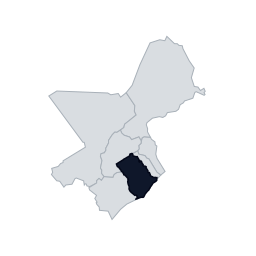 Ghana shown with its bordering countries, rotated 328°
{"feature_id": "GHA", "entity_name": "Ghana", "entity_type": "country or territory", "adm_level": 0, "iso_a3": "GHA", "parent_name": "Africa", "parent_adm1": "", "projection": "orthographic", "projection_center": [-1.079, 7.965], "detail": "fine", "context": "with_neighbors", "style": "filled", "palette": "ink", "viewbox_px": 256, "rotation_deg": 328, "n_neighbors": 6, "source": "natural_earth", "source_scale": "50m", "svg_char_len": 5395}
<svg xmlns="http://www.w3.org/2000/svg" viewBox="0 0 256 256"><g transform="rotate(328 128 128)"><path d="M42.3,144.2L41.9,137.0L39.6,135.0L38.4,126.9L40.6,125.7L41.9,121.8L48.4,123.6L52.1,122.4L54.6,122.9L55.6,121.4L81.7,121.7L83.3,117.0L82.2,116.2L77.8,58.9L87.2,58.9L129.4,87.6L131.0,90.7L138.0,93.6L138.1,97.9L145.2,97.1L145.7,112.6L142.3,117.1L141.8,121.3L127.1,123.0L124.7,125.4L116.3,125.8L114.6,124.5L111.0,125.4L104.9,128.2L103.6,130.4L98.4,133.4L97.5,135.1L94.8,136.5L91.6,135.5L89.7,137.2L88.7,141.8L83.4,147.4L83.5,149.7L81.6,152.5L82.0,156.5L77.7,158.3L76.7,155.4L73.6,156.0L72.3,158.0L64.5,157.4L62.5,155.4L62.9,153.4L62.1,152.6L60.7,153.2L62.4,149.3L57.6,143.0L56.3,142.8L50.7,146.0L45.1,143.4L42.3,144.2Z" fill="#d9dde1" stroke="#a8b0b8" stroke-width="1"/><path d="M136.4,184.5L130.8,185.3L129.1,180.7L129.3,165.0L128.0,163.6L127.7,160.3L123.3,155.9L124.1,152.4L126.4,151.6L127.8,148.6L131.0,147.9L134.6,143.9L137.0,143.9L142.1,147.7L141.9,150.0L143.5,154.0L142.2,156.7L142.9,158.6L137.7,164.9L136.5,169.2L136.4,184.5Z" fill="#d9dde1" stroke="#a8b0b8" stroke-width="1"/><path d="M209.5,70.9L212.1,81.1L214.5,82.7L214.9,84.8L217.6,87.0L216.6,89.9L215.5,103.5L215.9,112.2L208.4,118.9L206.2,127.9L209.0,130.3L209.3,134.6L213.4,134.6L212.9,137.8L211.2,138.3L211.1,140.4L209.9,140.6L205.1,133.4L203.6,133.2L198.8,137.1L190.2,135.0L188.4,136.0L184.6,135.9L180.8,138.9L177.5,139.2L169.5,135.8L166.4,137.6L163.1,137.5L160.6,135.0L153.9,132.6L146.9,133.5L145.2,135.0L144.3,138.9L142.5,141.6L142.1,147.7L137.0,143.9L134.6,143.9L132.4,145.9L132.5,141.3L124.9,139.8L124.6,136.5L120.9,132.1L120.0,129.0L120.5,125.7L124.7,125.4L127.1,123.0L141.8,121.3L142.3,117.1L145.7,112.6L145.2,97.1L154.1,94.0L171.7,80.6L191.8,67.5L201.7,70.0L205.5,73.5L209.5,70.9Z" fill="#d9dde1" stroke="#a8b0b8" stroke-width="1"/><path d="M124.1,152.4L123.3,155.9L127.7,160.3L128.0,163.6L129.3,165.0L129.1,180.7L130.8,185.3L125.4,186.8L122.1,180.1L121.5,176.7L123.0,170.6L121.3,168.1L120.6,157.8L117.8,154.4L118.3,152.2L124.1,152.4Z" fill="#d9dde1" stroke="#a8b0b8" stroke-width="1"/><path d="M63.2,157.9L72.3,158.0L73.6,156.0L76.7,155.4L77.7,158.3L82.0,156.5L89.1,161.7L91.5,160.0L94.6,159.8L99.2,161.6L100.9,171.3L98.1,177.0L96.3,184.6L99.2,190.5L98.9,193.2L86.7,191.9L78.7,193.0L66.0,197.1L67.1,188.0L60.2,182.7L61.7,179.7L61.1,176.4L61.4,174.5L62.5,174.5L62.5,170.2L65.6,168.5L62.6,160.2L63.2,157.9Z" fill="#d9dde1" stroke="#a8b0b8" stroke-width="1"/><path d="M82.0,156.5L81.6,152.5L83.5,149.7L83.4,147.4L88.7,141.8L89.7,137.2L91.6,135.5L94.8,136.5L97.5,135.1L98.4,133.4L103.6,130.4L104.9,128.2L111.0,125.4L114.6,124.5L116.3,125.8L120.5,125.7L120.0,129.0L120.9,132.1L124.6,136.5L124.9,139.8L132.5,141.3L132.4,145.9L131.0,147.9L127.8,148.6L126.4,151.6L124.1,152.4L115.2,151.7L113.0,152.8L98.5,152.6L99.2,161.6L94.6,159.8L91.5,160.0L89.1,161.7L82.0,156.5Z" fill="#d9dde1" stroke="#a8b0b8" stroke-width="1"/><path d="M117.7,151.6L118.1,152.0L118.0,153.1L117.7,153.7L117.5,154.3L117.6,154.6L117.8,154.9L118.4,155.3L118.7,155.6L119.1,156.1L119.6,156.5L120.4,157.1L120.7,157.2L120.7,157.3L120.6,157.5L120.5,159.7L120.5,160.2L120.4,160.5L120.3,161.3L120.2,161.4L119.9,161.6L120.0,161.7L120.5,161.8L120.4,162.0L120.0,162.1L119.8,162.3L119.9,162.6L119.7,162.8L119.8,162.9L119.9,163.1L120.1,163.0L120.7,162.6L120.9,162.6L121.2,162.7L121.7,163.2L121.7,163.5L121.5,164.4L121.3,165.2L121.3,166.1L121.5,166.7L121.5,167.0L121.2,167.2L120.7,167.6L120.7,167.8L121.0,168.3L121.4,168.8L122.3,169.5L122.8,170.3L122.8,170.7L122.5,171.0L122.2,171.3L122.1,171.8L122.3,174.6L121.6,175.8L121.6,176.2L121.6,176.6L121.8,176.8L122.2,176.9L122.5,177.1L122.4,178.0L122.2,178.9L122.2,179.3L122.1,179.5L121.8,179.7L121.7,180.0L121.8,180.3L121.8,180.6L121.9,180.9L122.2,181.3L122.8,182.3L123.0,182.4L123.0,182.6L123.0,182.8L123.2,183.3L123.8,183.7L124.4,184.1L124.9,184.2L125.0,184.5L125.3,185.0L125.6,185.1L125.9,185.3L126.2,185.3L126.2,185.7L125.7,186.0L125.3,186.4L125.0,187.0L124.7,187.6L123.3,188.0L122.8,188.0L120.0,188.0L117.4,189.3L115.9,189.8L114.9,190.5L113.7,191.0L112.8,191.6L111.0,191.9L108.1,192.9L107.1,193.3L106.2,194.0L104.7,194.8L104.1,194.8L102.9,194.0L102.0,193.6L99.8,193.1L98.1,192.8L97.4,192.6L97.1,192.5L97.3,192.3L97.8,192.2L98.3,192.3L98.6,192.1L99.2,192.1L99.3,191.9L99.3,191.3L99.3,190.9L99.5,190.7L99.6,190.2L99.3,189.1L99.1,188.9L98.2,188.8L98.1,188.5L97.9,188.3L97.8,187.7L97.5,186.8L97.2,185.8L96.6,184.0L96.4,183.3L96.3,182.7L96.3,181.9L96.4,181.6L96.4,181.2L96.4,180.8L96.8,179.9L97.7,178.8L97.9,178.4L98.1,178.1L98.1,177.7L98.2,176.4L98.7,174.9L98.9,174.3L99.1,174.0L99.3,173.5L99.4,173.2L100.2,172.6L100.6,172.4L100.7,172.2L100.5,171.9L100.6,171.7L100.8,171.7L101.1,171.6L101.3,171.3L101.0,169.4L100.7,167.5L100.7,167.3L100.5,167.0L100.4,166.2L100.1,165.8L99.7,165.6L99.7,165.2L100.1,164.5L100.2,164.0L100.0,163.9L100.0,163.6L100.1,163.0L100.1,162.7L100.0,162.3L99.6,161.5L99.5,160.9L99.7,160.5L99.7,159.8L99.5,158.6L99.5,157.8L99.6,157.5L99.6,157.2L99.3,156.9L99.3,156.7L99.5,156.4L99.5,156.2L99.2,156.0L98.9,155.7L98.6,155.1L98.7,154.2L99.2,152.5L99.2,152.4L99.8,152.4L101.4,152.4L103.2,152.4L105.4,152.4L107.4,152.4L107.5,152.3L107.9,152.2L109.9,152.4L111.2,152.3L111.7,152.4L112.1,152.5L113.0,152.4L113.4,152.4L113.8,152.9L114.1,152.7L114.5,152.5L114.8,152.3L115.1,152.0L115.3,151.7L115.5,151.8L115.8,151.8L116.0,151.6L116.1,151.2L117.7,151.6Z" fill="#0f172a" stroke="#020617" stroke-width="1.5"/></g></svg>